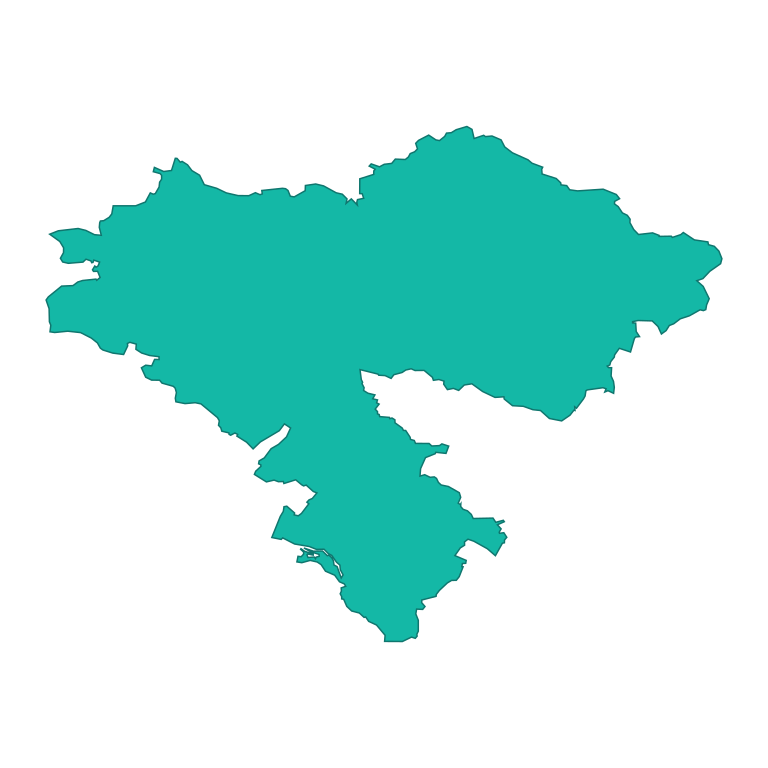 Hida, Salaj, Romania (Natural Earth projection)
{"feature_id": "2599482B84392497603638", "entity_name": "Hida", "entity_type": "district", "adm_level": 2, "iso_a3": "ROU", "parent_name": "Romania", "parent_adm1": "Salaj", "projection": "natural_earth1", "projection_center": [23.327, 47.064], "detail": "fine", "context": "isolated", "style": "filled", "palette": "teal", "viewbox_px": 768, "rotation_deg": 0, "n_neighbors": 0, "source": "geoboundaries", "source_scale": "gbopen_adm2", "svg_char_len": 6089}
<svg xmlns="http://www.w3.org/2000/svg" viewBox="0 0 768 768"><path d="M415.3,638.3L417.1,636.2L416.9,634.1L418.3,631.2L418.3,620.3L415.8,613.9L416.6,609.1L422.7,609.4L425.0,606.5L421.7,602.7L421.8,600.0L436.1,596.3L436.3,594.4L439.4,590.4L447.4,582.9L451.6,580.4L456.3,580.3L459.2,576.7L463.1,566.8L461.8,566.7L462.4,563.5L465.7,563.3L466.2,560.4L454.9,555.6L460.3,547.9L464.6,545.2L464.5,541.9L468.0,539.2L473.8,541.2L487.3,548.7L495.4,555.7L502.4,543.2L504.4,542.8L504.5,540.0L506.8,537.3L503.8,532.7L499.5,533.3L499.2,532.2L501.1,528.9L497.4,524.8L504.3,521.7L503.3,520.3L495.8,522.3L493.0,518.1L473.2,518.5L471.3,514.4L467.4,510.8L463.1,509.3L460.7,506.5L460.8,503.8L460.3,504.6L458.2,503.2L460.7,497.3L459.3,492.7L448.4,486.5L441.2,485.0L438.4,482.4L436.5,478.4L434.3,476.9L430.1,477.3L424.7,474.7L420.0,476.1L420.6,468.6L425.5,457.6L435.2,453.7L435.8,452.3L446.0,453.4L448.7,446.1L441.9,443.9L439.5,445.6L431.8,446.0L429.1,443.5L415.5,443.4L414.3,440.5L410.5,439.4L410.1,437.2L405.7,430.5L403.4,430.4L402.3,428.1L395.0,422.8L394.9,419.8L392.0,418.0L389.8,418.6L389.4,417.4L379.7,416.6L379.2,414.5L377.5,413.9L377.5,411.6L375.2,409.1L379.1,404.1L376.6,402.8L377.5,399.9L372.7,398.8L374.9,394.9L367.9,393.2L363.6,390.5L364.1,387.7L362.0,383.6L362.6,382.3L361.3,379.6L360.0,369.6L378.0,374.1L378.7,375.2L385.1,375.6L391.1,378.4L393.9,374.7L402.1,372.5L405.8,370.0L411.2,368.8L415.0,370.5L424.1,370.4L432.4,377.3L433.4,380.3L438.9,379.5L444.0,381.1L443.7,384.2L447.4,389.6L453.4,388.4L458.7,390.4L464.3,385.0L471.9,383.8L482.6,391.5L495.0,397.4L503.9,396.8L504.2,399.0L512.5,405.7L523.3,406.3L532.9,409.7L540.5,410.5L549.4,418.5L561.7,420.9L570.0,415.2L573.9,410.2L575.0,410.5L574.7,406.8L576.5,408.2L583.5,398.9L585.1,396.0L585.9,390.8L587.3,389.9L603.0,387.7L606.1,388.8L604.8,392.0L608.0,390.7L613.6,393.3L614.3,387.3L613.5,381.4L611.1,376.0L611.6,367.7L608.5,367.6L607.2,366.1L609.8,365.0L610.7,361.7L614.3,357.1L614.6,354.9L619.3,348.3L630.5,352.0L634.4,338.5L635.6,337.0L639.5,336.6L636.2,331.5L635.7,323.1L632.6,322.9L632.6,321.7L638.0,320.5L652.2,320.9L658.0,326.5L661.4,334.0L666.1,330.6L669.3,325.5L673.7,323.8L680.3,318.8L689.4,315.8L700.1,309.8L703.4,310.6L705.8,309.6L706.6,304.9L709.2,298.7L703.2,286.4L696.8,280.7L702.9,278.6L709.8,271.3L720.6,263.7L721.9,258.7L718.9,251.1L714.3,246.3L708.5,244.7L707.9,241.9L694.4,239.9L683.3,232.5L680.8,234.6L672.4,237.4L671.3,236.2L659.1,236.4L659.1,235.4L652.6,232.9L638.5,234.5L633.7,229.5L629.9,222.6L630.1,219.2L627.3,215.3L622.4,212.9L618.2,206.6L614.5,203.9L614.6,201.4L619.6,198.7L616.3,194.5L603.2,189.2L577.6,190.9L569.7,189.8L566.7,185.6L561.0,184.9L560.7,182.8L556.2,178.5L542.1,174.0L541.7,169.3L542.7,167.2L532.0,163.2L528.0,159.8L512.4,152.8L504.7,146.9L501.1,139.9L492.0,136.0L485.4,136.6L483.7,135.3L474.1,138.5L472.0,129.4L466.9,126.5L456.2,129.7L451.3,132.7L446.5,133.1L444.7,136.4L439.5,140.6L435.9,139.9L428.7,135.1L418.5,140.4L415.7,143.3L417.5,148.9L414.6,151.8L410.2,153.6L408.4,157.0L405.3,159.5L395.3,159.1L391.7,163.4L384.2,164.3L379.5,166.8L371.2,163.9L369.2,166.1L375.2,169.2L373.8,170.9L373.7,174.4L359.8,178.8L359.7,193.6L362.2,193.7L363.7,198.3L357.5,199.6L356.8,202.3L357.3,205.0L351.3,198.9L346.1,203.4L347.0,198.9L342.3,194.2L336.2,192.8L323.6,185.9L315.7,184.0L305.4,185.5L305.2,190.7L294.2,196.9L290.3,196.2L288.0,190.5L285.6,188.7L282.5,188.3L261.8,190.5L262.3,193.9L260.0,194.7L255.4,192.7L248.8,195.7L238.1,195.6L226.3,192.9L216.7,188.3L204.3,184.7L199.6,175.2L191.9,170.6L187.5,164.8L182.1,161.4L180.3,162.2L177.0,158.4L175.3,158.3L171.5,170.5L163.7,171.5L154.4,167.4L153.3,171.7L160.2,173.6L161.6,175.4L161.6,179.2L159.6,182.2L159.1,187.0L155.3,193.6L153.2,194.2L150.3,192.9L145.4,202.0L135.7,205.8L113.2,205.8L111.8,213.9L109.2,217.3L103.7,220.7L100.4,221.0L99.7,222.7L99.3,227.4L101.3,235.3L94.5,234.7L85.8,230.4L78.1,228.5L58.3,230.8L49.7,234.2L59.8,241.5L63.6,247.8L63.5,252.7L60.4,258.3L62.7,262.0L68.3,263.3L83.0,262.1L86.0,259.2L90.9,260.9L91.7,262.7L93.0,262.4L93.8,260.1L99.6,262.1L98.0,266.0L96.1,267.2L94.8,266.0L92.5,269.8L93.5,271.4L97.6,271.3L100.1,277.5L96.7,280.3L96.0,279.1L82.6,280.5L77.8,282.0L73.0,285.6L61.6,286.1L48.4,296.8L46.1,300.0L49.1,308.7L49.4,321.8L50.8,325.2L50.0,331.8L54.7,332.5L67.7,331.2L80.6,332.6L91.2,338.0L97.4,342.9L100.4,348.2L102.9,350.0L112.8,353.1L123.6,354.5L127.7,345.9L127.4,343.5L129.8,342.3L136.3,344.1L135.9,349.3L141.6,353.0L149.6,355.5L159.0,356.7L159.1,359.5L154.6,359.4L151.7,365.9L145.7,365.2L141.4,367.8L145.7,377.2L151.6,380.1L159.6,380.2L162.0,383.1L173.3,386.3L175.2,388.2L176.4,392.6L175.3,398.2L175.9,401.8L185.0,403.6L195.2,402.7L201.0,403.9L217.5,417.6L219.3,420.8L218.5,425.3L220.8,427.8L221.8,431.2L228.9,432.9L229.1,434.4L230.7,435.2L234.9,433.0L237.7,434.4L236.9,436.1L246.6,442.2L253.1,448.9L260.4,441.9L279.3,430.7L284.4,423.9L290.6,428.0L286.5,436.9L278.5,444.4L271.1,448.7L264.3,457.9L259.1,460.9L258.6,463.8L260.8,464.8L260.9,466.4L255.7,471.2L254.4,474.4L266.4,481.9L274.1,480.1L278.4,481.7L283.3,481.5L283.9,483.5L295.7,479.8L301.7,484.8L303.6,485.9L306.2,485.1L313.3,491.5L316.9,492.9L312.3,498.5L309.0,499.9L306.9,502.2L308.8,503.8L301.5,513.4L298.3,515.8L294.2,514.9L294.6,513.0L286.8,506.2L284.0,506.7L283.3,511.4L280.3,516.4L271.8,537.5L281.2,539.4L282.7,537.9L294.6,544.0L309.2,546.5L316.5,549.4L324.0,549.2L328.2,553.5L331.8,555.4L336.5,562.2L339.9,565.1L340.3,569.7L343.1,574.9L341.2,578.0L337.1,566.6L334.0,565.0L333.4,560.8L331.7,557.7L328.8,555.1L327.3,555.7L322.5,551.0L313.5,551.2L303.9,548.0L310.8,551.8L319.1,554.4L319.2,556.3L316.1,557.1L315.5,558.7L314.2,557.0L308.0,557.5L307.0,554.8L307.6,554.0L313.2,555.1L313.2,554.0L304.6,551.3L301.0,548.7L300.6,549.3L303.6,552.0L303.6,554.1L301.2,556.7L298.0,556.3L296.9,561.9L301.8,562.7L310.2,560.4L317.2,562.0L321.1,564.6L325.5,571.2L334.7,575.2L339.5,581.8L344.3,583.9L345.7,586.3L341.2,587.9L341.4,591.1L340.2,593.8L341.7,596.6L341.7,598.9L343.7,599.3L346.8,606.4L351.7,611.0L359.3,613.0L364.1,617.4L365.7,617.0L368.7,621.4L376.5,625.0L385.1,635.3L384.6,641.4L402.4,641.5L411.5,637.1L415.3,638.3Z" fill="#14b8a6" stroke="#0f766e" stroke-width="1.5"/></svg>